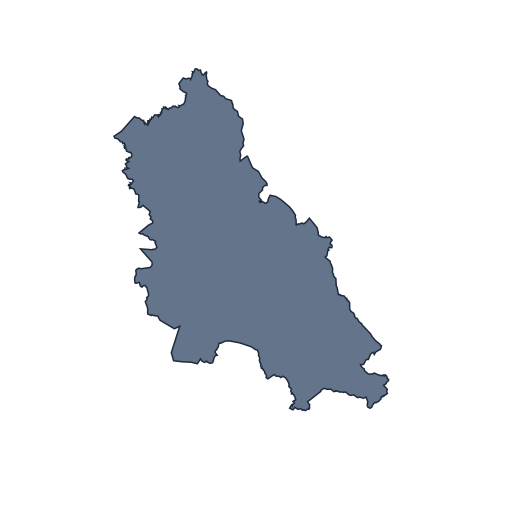 Nochistlán de Mejía, Zacatecas, Mexico (Albers equal-area conic projection), rotated 121°
{"feature_id": "50627088B22182253639987", "entity_name": "Nochistlán de Mejía", "entity_type": "district", "adm_level": 2, "iso_a3": "MEX", "parent_name": "Mexico", "parent_adm1": "Zacatecas", "projection": "albers", "projection_center": [-102.872, 21.436], "detail": "fine", "context": "isolated", "style": "filled", "palette": "slate", "viewbox_px": 512, "rotation_deg": 121, "n_neighbors": 0, "source": "geoboundaries", "source_scale": "gbopen_adm2", "svg_char_len": 6116}
<svg xmlns="http://www.w3.org/2000/svg" viewBox="0 0 512 512"><g transform="rotate(121 256 256)"><path d="M360.5,305.2L360.4,288.5L355.5,285.2L382.5,278.8L388.2,272.7L384.9,265.2L380.3,256.6L378.6,250.8L372.8,250.5L373.9,248.2L373.7,245.2L371.5,244.2L372.0,243.4L371.7,240.3L369.8,238.2L363.8,239.7L362.2,239.3L361.1,238.1L359.6,241.6L358.2,242.1L357.0,241.5L353.2,241.6L349.9,242.8L348.5,240.9L344.8,238.6L342.3,234.7L338.8,225.0L336.2,213.2L336.5,208.2L336.0,206.5L337.9,203.6L339.7,202.9L341.8,199.9L343.6,199.6L344.5,198.2L345.5,197.6L346.0,196.2L347.4,195.7L348.4,194.5L348.1,194.0L349.3,193.8L349.3,191.7L349.8,191.5L350.6,189.0L351.9,188.0L352.8,185.6L355.0,184.7L355.3,182.6L348.3,179.4L348.7,177.1L347.1,173.9L347.5,172.2L345.2,171.0L345.3,167.7L347.0,164.1L348.8,161.6L350.7,160.9L351.5,159.2L351.1,158.3L352.3,156.9L353.6,156.8L354.5,155.9L354.7,154.5L355.9,154.6L355.3,152.8L356.2,150.9L358.7,147.9L361.6,149.4L361.7,148.0L362.8,147.4L364.8,148.6L365.7,147.9L365.5,148.8L369.1,148.8L369.0,145.8L368.7,145.0L365.7,144.7L365.9,141.3L363.8,138.7L364.4,136.7L363.3,135.9L363.2,134.2L360.4,132.6L360.2,131.7L358.5,131.7L357.8,132.7L356.0,133.2L354.4,136.7L338.6,130.7L337.5,131.2L334.2,129.3L333.8,126.8L331.6,123.2L332.2,119.5L331.1,118.2L330.5,118.3L330.5,117.3L329.7,116.8L329.7,114.5L328.1,112.1L328.1,111.1L326.4,109.1L327.1,104.8L326.8,103.2L324.7,100.7L325.1,96.7L324.7,95.3L323.5,94.6L322.7,90.7L320.3,89.1L323.1,85.3L326.6,83.8L327.8,82.7L327.8,79.9L326.0,78.9L323.7,79.3L320.3,78.8L320.1,77.7L317.4,76.0L313.9,75.3L312.5,76.1L311.7,75.8L311.4,74.9L310.6,75.0L310.3,74.2L309.1,74.4L308.5,73.5L306.1,72.6L305.0,74.2L302.7,74.7L301.0,80.1L298.4,78.7L296.9,79.0L294.7,78.2L293.5,78.8L293.3,80.7L292.3,81.2L291.4,83.0L291.4,84.2L292.7,84.0L292.9,84.5L292.3,85.2L292.5,85.9L293.8,86.4L294.9,89.9L295.4,94.3L297.4,95.8L299.3,98.8L298.4,103.9L297.0,105.1L297.0,107.1L296.0,109.8L295.3,110.5L294.0,108.4L293.0,107.9L288.9,108.3L287.1,107.2L286.8,106.4L281.3,107.3L279.5,106.7L278.1,105.7L279.5,103.9L276.5,103.9L271.9,101.3L268.7,102.0L268.2,102.6L268.4,103.9L267.7,104.7L267.0,109.9L265.5,114.6L263.7,117.8L260.3,130.0L259.6,130.5L259.3,133.8L257.7,136.5L257.4,137.5L257.9,138.3L257.4,140.0L255.8,141.2L254.7,142.9L254.6,145.9L253.4,148.2L247.6,151.9L246.5,155.0L246.8,155.7L245.5,156.5L245.9,157.4L244.9,159.9L246.3,163.4L245.8,163.7L246.0,164.8L246.6,165.5L240.9,170.6L240.1,172.0L234.2,175.9L233.3,179.0L231.7,180.3L231.1,181.7L227.1,184.0L225.1,186.4L223.7,188.6L222.3,189.8L221.5,196.0L220.8,196.2L219.7,195.4L218.1,195.7L214.6,197.2L213.3,196.5L213.2,197.5L212.2,197.9L210.4,197.5L210.5,196.2L209.7,195.3L207.6,196.4L207.4,198.7L205.1,199.2L203.2,198.9L201.9,202.8L203.7,204.5L203.2,206.0L204.7,206.3L205.8,208.9L206.0,213.3L203.9,214.6L200.2,218.3L196.1,229.8L200.4,230.3L203.9,231.6L203.9,233.4L206.1,235.1L206.7,236.4L208.0,236.8L208.6,237.6L204.3,240.3L202.4,242.6L200.8,243.1L198.3,248.0L196.7,252.6L195.5,259.6L194.8,264.1L194.8,269.8L196.7,275.2L201.0,274.8L203.4,273.9L205.9,274.8L206.1,278.3L207.8,279.8L208.0,280.7L207.2,281.4L206.6,280.0L205.6,279.9L203.9,284.1L200.9,285.7L196.1,284.4L194.2,285.5L191.3,285.0L189.8,282.9L188.4,283.8L187.2,286.0L186.0,291.1L182.3,297.5L182.2,303.9L181.8,305.0L174.9,314.6L175.0,315.2L182.8,318.4L181.0,319.8L177.7,320.9L174.8,323.6L172.7,323.9L167.8,323.4L166.1,325.2L162.1,326.4L156.2,333.1L149.0,335.2L145.6,338.1L145.2,343.0L141.6,346.4L141.5,349.9L140.7,352.1L137.7,354.1L137.1,355.5L135.8,356.3L135.4,357.5L136.8,362.9L135.7,366.1L136.7,368.9L134.3,376.3L135.0,380.6L134.7,384.9L133.1,386.6L130.9,387.3L130.3,388.9L126.2,392.2L124.9,392.3L123.8,393.2L124.9,393.9L127.8,394.2L128.3,395.1L126.9,397.7L125.2,399.4L126.5,400.7L126.0,402.5L126.3,403.7L127.0,404.5L130.3,404.1L130.8,405.4L131.7,404.1L133.1,404.5L134.2,403.5L138.4,403.0L137.9,403.6L138.2,405.2L140.3,407.2L140.9,410.1L147.9,410.9L150.5,407.9L151.9,407.3L152.6,402.8L152.2,399.6L153.1,398.9L155.1,398.9L156.0,397.8L157.2,397.8L159.1,396.7L162.8,396.2L166.2,398.3L166.8,399.6L167.3,398.6L168.2,398.6L169.2,400.0L169.2,402.6L169.9,402.9L170.2,404.3L172.9,405.1L173.7,406.4L175.7,406.7L175.1,409.5L176.0,408.9L176.1,410.1L175.5,410.9L175.9,412.0L176.6,411.4L177.8,411.6L178.4,412.4L179.0,411.7L181.2,411.4L181.0,411.0L181.7,410.6L182.7,411.4L182.9,410.9L184.1,410.4L184.8,411.9L185.3,411.1L185.8,411.1L186.0,412.1L186.7,411.7L186.0,413.6L187.4,415.6L190.6,415.6L190.7,416.9L192.7,416.2L193.3,417.3L194.2,416.5L196.0,418.4L197.2,417.4L196.0,417.2L196.0,416.5L200.2,416.2L198.3,416.9L200.0,418.3L200.2,419.5L199.6,419.6L199.3,420.6L198.8,420.0L198.7,421.3L197.7,422.2L198.5,423.4L197.9,427.3L198.9,429.2L199.0,432.0L218.5,435.6L226.5,439.4L227.6,437.7L226.7,434.6L227.8,431.4L227.2,429.5L228.3,428.0L227.2,427.2L228.2,425.3L229.5,425.8L229.7,424.9L230.5,424.9L230.2,423.7L231.3,423.9L231.5,421.8L232.8,421.1L232.2,417.0L231.7,416.8L232.2,415.6L233.5,414.4L235.4,413.8L237.1,415.6L237.6,415.0L237.9,415.6L239.0,415.6L239.3,416.9L240.6,417.0L241.0,415.7L240.5,413.7L244.4,415.4L245.4,413.1L246.9,412.8L246.5,410.4L249.0,412.3L248.6,413.4L249.2,413.2L251.7,414.5L252.6,413.3L253.1,409.7L255.6,406.0L255.2,405.2L255.5,404.4L254.0,401.6L254.5,399.8L257.7,400.0L258.1,401.6L258.9,400.1L259.7,400.2L260.3,401.9L261.3,401.7L261.5,399.5L262.8,399.6L263.3,399.1L262.0,397.7L261.4,395.2L264.8,390.8L263.9,389.4L264.4,387.6L269.8,384.7L269.9,383.7L275.2,382.2L273.7,379.9L270.8,379.0L272.3,369.6L275.6,368.9L276.6,366.1L278.8,365.7L278.9,363.0L280.9,361.5L284.6,363.9L297.1,368.4L296.3,367.5L296.6,366.4L295.2,364.5L295.7,363.6L295.0,358.5L296.4,355.7L296.3,354.3L295.3,353.1L295.3,349.5L296.7,349.3L299.5,345.4L302.6,346.2L303.0,347.6L304.1,348.2L309.4,358.7L314.7,342.0L316.5,340.8L318.1,340.4L320.3,340.8L326.0,347.8L326.9,350.3L329.1,351.5L330.3,351.6L333.3,349.2L336.4,349.0L338.8,347.9L341.4,345.8L341.2,344.8L338.7,342.4L341.4,339.6L341.4,337.7L339.6,337.3L338.4,336.1L339.5,333.1L344.5,328.0L346.1,327.7L348.0,328.3L349.5,326.9L351.7,327.5L352.3,327.2L356.4,322.1L361.5,318.9L360.9,315.1L360.0,315.0L359.8,313.1L358.1,309.3L360.5,305.2Z" fill="#64748b" stroke="#1e293b" stroke-width="1.5"/></g></svg>